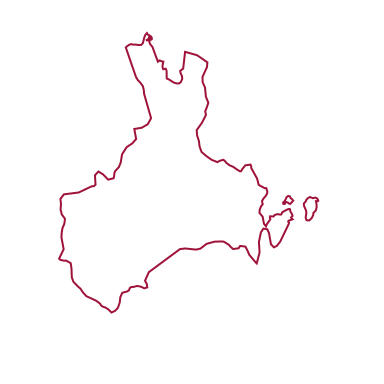 SVG path tracing the border of Balikesir, rotated 107°
{"feature_id": "TUR-2238", "entity_name": "Balikesir", "entity_type": "Province", "adm_level": 1, "iso_a3": "TUR", "parent_name": "Turkey", "parent_adm1": "", "projection": "mercator", "projection_center": [27.651, 39.857], "detail": "fine", "context": "isolated", "style": "outline", "palette": "rose", "viewbox_px": 384, "rotation_deg": 107, "n_neighbors": 0, "source": "natural_earth", "source_scale": "10m", "svg_char_len": 3477}
<svg xmlns="http://www.w3.org/2000/svg" viewBox="0 0 384 384"><g transform="rotate(107 192 192)"><path d="M166.6,122.1L169.5,120.1L171.4,119.7L174.7,120.5L177.5,121.8L180.2,122.4L183.1,120.8L185.5,121.8L189.0,122.1L192.2,121.4L195.0,117.2L201.3,113.9L203.2,111.2L201.1,111.1L195.2,109.1L193.5,110.1L192.4,110.2L192.0,108.6L191.7,107.1L191.1,106.6L190.3,106.5L189.6,105.9L188.8,104.7L188.3,104.0L188.0,103.1L187.9,101.2L187.5,100.2L186.6,99.9L185.6,99.9L184.7,99.6L180.8,95.7L179.8,94.2L179.8,93.2L181.2,92.6L182.3,91.7L184.3,89.5L185.5,88.9L186.6,89.5L187.5,89.8L188.7,87.8L190.9,90.8L191.1,91.2L192.1,91.4L192.5,91.0L192.8,90.4L193.9,90.1L213.4,93.1L218.6,95.0L221.0,97.5L218.9,101.2L208.7,106.4L205.6,109.1L206.2,113.1L210.4,114.3L220.2,113.4L230.1,109.7L241.4,109.2L240.9,110.2L235.3,118.9L231.8,121.8L228.6,125.0L229.5,130.2L232.2,131.0L234.5,136.0L233.3,138.8L231.7,141.3L230.2,147.2L230.9,150.1L232.9,155.9L237.3,162.9L243.7,167.4L245.9,171.3L248.0,182.0L250.1,186.8L281.2,209.8L290.6,211.0L293.1,208.4L296.3,206.9L298.1,209.5L297.5,212.6L297.8,216.8L300.1,220.6L300.7,222.4L302.0,223.4L304.3,223.5L305.9,224.7L308.8,229.2L313.5,229.8L318.9,228.8L324.4,229.0L328.0,230.7L330.8,233.7L328.5,238.2L327.8,241.2L327.7,244.1L326.9,246.0L325.6,247.4L324.0,251.8L322.5,262.6L319.8,267.1L317.0,270.5L316.1,272.7L312.5,279.2L308.7,282.0L300.1,285.0L295.5,287.2L294.4,292.4L295.1,294.2L295.4,298.0L294.6,299.6L284.3,298.0L273.5,303.6L269.1,304.7L264.6,305.3L259.5,304.8L254.7,305.7L251.5,310.0L247.1,312.6L242.0,313.7L237.1,315.8L231.7,313.8L225.6,300.2L215.9,289.6L215.1,287.5L213.2,286.4L204.4,289.7L199.8,287.5L201.2,282.1L204.7,275.8L201.8,271.0L199.9,271.1L196.1,271.8L194.2,271.5L189.6,269.2L184.7,268.8L176.4,269.9L168.2,267.6L163.1,263.4L157.7,260.9L148.6,265.6L145.2,258.8L140.1,254.1L133.4,252.7L112.1,266.5L108.4,268.0L105.1,270.0L102.7,273.2L100.7,276.7L98.4,279.2L73.1,297.6L72.2,297.1L69.9,295.4L68.3,293.4L68.4,291.9L67.5,288.8L67.0,285.8L66.1,283.5L64.0,282.5L58.4,282.8L55.5,282.6L53.2,281.6L54.3,280.4L55.0,277.3L55.9,275.8L57.4,275.1L58.5,275.8L58.4,276.8L56.3,277.3L56.3,278.3L57.6,278.2L58.7,278.7L59.6,279.5L60.4,280.4L59.7,278.1L60.3,276.9L61.6,276.2L62.8,275.3L64.9,272.2L77.4,262.7L76.3,261.8L75.7,261.6L75.7,260.7L75.9,259.7L75.9,258.8L75.7,257.5L80.0,257.1L81.6,256.5L83.0,255.4L81.8,253.2L83.6,251.7L90.5,249.5L90.9,249.2L90.9,248.6L91.1,247.1L92.7,241.3L92.6,238.0L91.8,235.9L90.0,234.8L86.6,234.4L83.9,235.6L81.8,237.6L79.5,238.7L76.6,236.5L60.0,239.6L59.7,227.2L63.5,215.2L68.2,214.2L78.9,215.6L83.9,213.9L88.3,210.1L96.8,206.6L101.8,202.5L107.2,202.6L110.9,203.0L114.2,201.2L122.8,202.7L131.5,205.6L136.5,203.6L141.2,200.3L146.2,198.1L150.9,194.6L153.4,188.9L155.5,182.6L156.0,176.4L154.1,174.7L152.0,171.4L153.2,168.8L154.1,167.7L155.4,164.1L155.9,160.0L157.5,155.1L158.2,152.1L157.7,151.1L155.6,150.7L150.9,148.8L148.7,144.1L150.0,143.0L151.8,142.3L160.1,133.7L165.7,130.3L167.1,123.5L166.6,122.1ZM176.6,69.8L178.5,69.3L181.9,69.9L184.9,71.5L185.5,74.2L183.3,75.8L178.8,76.5L176.6,77.3L172.7,80.7L170.4,81.7L167.8,80.5L166.5,80.5L164.2,79.5L162.3,77.8L162.6,74.5L161.8,73.3L161.2,72.0L161.7,70.3L162.6,69.3L163.5,68.7L164.1,69.1L164.5,70.8L167.4,69.3L170.5,68.3L173.5,68.2L176.6,69.8ZM175.2,99.8L176.1,99.7L176.5,100.2L176.5,101.4L175.2,101.7L173.5,100.7L171.6,100.3L169.4,100.1L167.7,98.9L167.5,97.2L168.8,96.1L169.7,94.1L170.7,92.7L174.6,94.5L174.8,95.6L174.2,96.9L174.0,98.7L175.2,99.8Z" fill="none" stroke="#9f1239" stroke-width="2"/></g></svg>